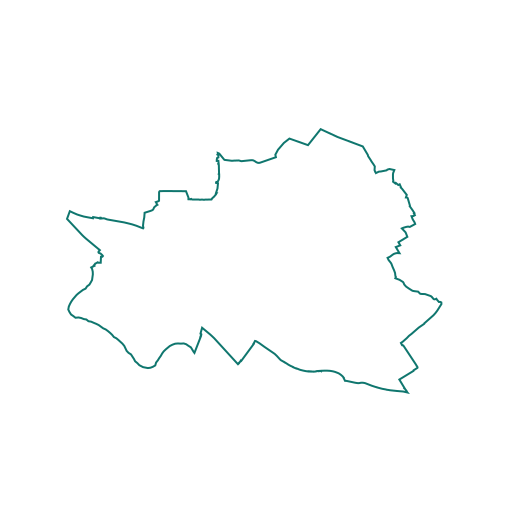 outline of Sittard-Geleen, Limburg, Netherlands, rotated 288°
{"feature_id": "6326949B26439699205725", "entity_name": "Sittard-Geleen", "entity_type": "district", "adm_level": 2, "iso_a3": "NLD", "parent_name": "Netherlands", "parent_adm1": "Limburg", "projection": "mercator", "projection_center": [5.837, 51.01], "detail": "fine", "context": "isolated", "style": "outline", "palette": "teal", "viewbox_px": 512, "rotation_deg": 288, "n_neighbors": 0, "source": "geoboundaries", "source_scale": "gbopen_adm2", "svg_char_len": 5987}
<svg xmlns="http://www.w3.org/2000/svg" viewBox="0 0 512 512"><g transform="rotate(288 256 256)"><path d="M271.5,435.7L271.8,435.0L271.9,434.0L272.0,429.1L272.0,428.5L270.9,424.6L270.9,424.1L270.9,423.6L271.2,423.0L271.8,422.0L272.0,421.5L272.2,421.2L271.5,417.5L271.3,416.0L271.3,415.4L272.3,411.5L273.2,408.5L273.4,408.0L274.7,405.8L276.1,404.6L276.5,404.1L276.7,403.8L277.7,399.9L277.9,395.4L279.3,395.5L279.7,395.0L280.6,394.5L282.8,393.5L285.0,391.8L287.9,389.2L290.3,387.3L291.2,386.3L293.1,383.4L294.9,381.7L296.8,383.7L299.4,385.5L300.5,386.4L301.1,387.1L301.9,388.3L302.4,389.3L303.0,391.6L307.7,386.2L310.7,389.9L313.1,387.2L321.0,394.0L324.2,391.4L324.8,390.8L327.3,386.2L328.3,387.3L330.1,389.9L330.8,391.2L331.0,391.7L331.1,392.9L331.2,393.3L335.6,397.5L337.0,396.4L339.3,393.7L341.9,391.6L342.5,393.0L342.9,393.6L343.9,394.5L345.3,393.0L345.8,393.4L348.2,390.4L350.8,386.9L351.0,387.0L351.5,386.8L357.8,382.5L358.1,382.2L358.2,381.8L358.2,381.3L358.0,380.5L360.7,380.5L365.0,374.2L365.8,372.6L366.1,372.7L368.6,370.5L367.5,369.4L368.7,366.4L368.0,366.2L369.0,363.4L370.1,363.3L372.1,362.3L375.7,361.1L377.2,360.8L380.5,361.0L380.0,356.1L378.8,354.3L377.8,353.7L375.0,348.7L374.2,346.8L372.0,344.5L372.5,344.2L372.5,343.7L374.3,342.2L377.9,341.3L379.5,339.4L381.7,336.5L382.7,335.4L385.2,332.3L385.7,331.7L386.7,331.1L393.2,323.7L394.4,296.6L396.6,278.3L377.5,271.2L378.0,251.5L372.2,247.6L363.9,244.1L358.3,243.1L356.1,244.4L347.7,233.3L345.9,230.9L345.5,230.1L345.3,229.4L345.2,229.0L345.2,228.3L345.4,226.9L345.9,225.3L346.0,224.5L346.1,223.7L345.9,222.6L345.3,221.0L341.7,212.9L341.6,212.1L341.6,210.8L341.5,210.0L339.9,205.6L339.1,203.7L337.7,196.4L337.8,196.0L341.8,189.8L342.1,189.1L342.2,187.8L341.2,188.3L341.0,188.2L341.0,188.4L340.7,188.4L340.8,188.8L338.1,189.8L337.1,188.7L335.2,189.0L334.3,189.3L334.9,190.8L332.3,191.9L331.9,191.6L331.7,191.8L332.0,192.1L330.6,192.7L323.2,195.3L322.5,195.2L322.4,195.7L320.0,196.5L318.4,196.9L317.2,197.0L314.6,196.6L314.3,195.7L314.2,195.4L313.7,195.3L313.2,195.4L313.3,197.4L308.3,198.5L303.5,198.5L303.6,199.1L303.3,199.0L303.2,198.9L303.0,199.0L302.2,198.9L300.5,198.1L299.9,198.0L297.5,196.6L296.7,196.3L296.1,196.3L295.9,196.1L293.9,190.1L293.4,189.3L293.3,188.8L293.1,187.6L292.8,186.7L292.3,185.6L292.1,185.0L292.0,184.1L290.1,178.2L290.0,177.2L289.8,176.6L290.1,176.5L289.4,175.2L289.1,174.2L290.7,173.7L296.0,169.4L290.8,153.0L288.1,144.8L288.0,144.5L287.5,144.2L286.8,144.1L278.6,146.7L278.1,146.4L276.3,144.1L275.4,145.2L274.9,145.4L274.2,146.4L273.6,145.8L271.2,144.3L270.7,144.1L268.9,143.9L268.2,143.7L267.5,143.2L266.4,141.9L262.7,136.7L258.2,137.8L254.1,138.3L250.2,139.1L249.6,139.3L247.6,140.5L247.4,140.9L247.4,139.6L247.6,136.1L247.8,132.9L247.8,128.4L247.6,125.3L247.2,120.2L245.0,104.7L244.8,103.1L244.9,100.3L244.7,99.2L243.9,97.5L243.6,96.7L244.0,96.7L243.9,96.4L244.1,96.4L244.1,96.5L244.4,96.4L244.3,95.9L244.1,95.8L244.0,96.0L243.6,96.0L243.5,95.0L242.7,89.1L241.5,89.3L240.8,84.0L240.3,79.9L240.2,75.8L240.2,73.0L240.6,68.9L241.1,65.1L232.9,64.8L224.3,80.4L222.2,84.2L221.2,86.2L220.0,88.9L213.3,105.7L211.5,104.9L210.7,105.1L210.4,105.5L210.3,107.4L209.5,109.2L208.7,110.4L207.8,110.1L207.4,108.8L201.6,110.4L200.8,107.9L201.1,107.4L198.9,105.4L198.2,105.3L198.3,105.2L196.7,104.6L196.8,105.0L196.6,105.3L194.2,102.8L193.1,104.1L190.6,105.6L188.1,106.5L182.5,107.5L179.9,107.0L177.3,106.4L174.9,104.7L172.3,104.0L170.3,101.9L165.7,98.7L163.5,97.4L158.2,95.2L155.5,94.4L152.9,93.9L150.1,93.6L147.1,94.0L145.1,95.9L143.2,98.2L142.5,100.6L141.5,103.4L142.7,106.2L143.0,108.9L142.8,111.7L143.2,114.3L142.2,116.8L142.6,119.5L142.3,122.4L142.1,125.1L141.7,127.8L140.0,133.0L139.7,135.8L138.8,138.5L137.8,141.0L136.6,143.5L135.0,145.9L134.6,148.6L133.6,151.1L131.4,156.0L129.8,158.5L125.8,162.3L124.5,164.7L123.8,167.5L120.4,171.7L118.5,173.6L117.5,176.2L116.1,178.8L115.4,182.9L116.0,187.8L117.1,190.1L118.7,192.1L120.8,194.0L123.8,193.9L126.5,194.9L129.0,195.5L131.5,196.3L134.4,196.9L136.8,197.7L139.4,199.1L143.7,201.8L145.8,203.9L147.6,206.2L148.7,208.8L149.4,211.5L150.5,214.3L150.5,216.9L149.7,219.5L149.0,222.3L145.4,226.5L144.8,227.4L162.4,228.4L162.3,228.1L164.7,228.2L164.9,227.9L165.0,227.2L171.1,226.9L167.2,236.7L166.1,239.1L164.9,241.6L147.5,272.3L148.6,272.9L148.8,272.6L150.2,273.4L151.2,273.7L150.9,273.9L151.4,274.3L171.6,281.0L171.7,280.7L172.8,281.0L174.9,281.3L175.0,282.4L174.1,286.2L172.2,292.1L169.0,303.0L168.6,304.2L167.4,306.7L165.3,310.4L164.7,311.6L164.5,312.3L164.1,314.4L163.7,316.0L163.8,316.0L162.9,319.6L162.7,320.1L162.2,322.7L161.9,325.5L161.7,325.6L161.6,326.9L161.4,329.1L161.6,329.2L161.5,331.5L161.4,332.2L161.4,333.5L161.6,336.3L161.9,339.0L162.4,341.8L163.1,344.1L163.2,343.8L163.4,344.6L163.3,344.8L163.6,345.6L163.8,346.0L163.7,346.3L164.7,348.7L165.0,348.8L165.6,350.0L165.7,350.4L165.6,350.7L166.2,352.1L166.3,351.8L166.9,353.3L166.8,353.5L167.0,353.5L168.3,357.1L168.8,358.6L169.6,361.7L169.8,362.8L170.1,365.0L170.2,367.1L170.0,370.6L169.8,371.6L169.1,373.8L168.2,375.8L167.3,377.1L167.1,377.0L165.7,378.4L164.8,379.2L165.2,380.8L166.1,389.4L166.3,390.7L166.6,392.4L167.1,393.6L167.9,395.0L168.2,395.9L168.5,396.9L168.7,398.1L168.8,399.2L168.4,406.2L168.4,410.2L168.5,411.5L168.4,411.6L168.7,417.1L169.2,420.8L169.2,421.6L169.6,423.8L169.7,424.8L171.2,431.9L172.3,436.6L172.6,437.9L173.0,442.2L173.4,441.6L174.0,441.1L175.7,438.7L175.8,438.4L175.9,438.5L182.8,430.5L195.4,441.3L196.0,441.2L199.5,444.1L199.8,444.1L200.6,443.6L201.0,443.1L201.1,442.8L201.2,442.6L201.9,442.0L215.2,425.3L215.6,424.8L216.2,424.0L216.1,423.9L216.6,422.7L216.4,422.4L218.1,420.7L220.2,422.3L220.6,422.5L224.5,424.8L227.4,426.2L230.0,428.0L238.2,432.9L240.3,434.5L243.3,436.8L243.7,437.0L244.0,436.9L254.5,443.1L257.2,444.3L260.1,445.3L267.6,447.2L269.1,446.6L269.3,445.5L269.1,444.9L268.8,444.2L270.3,441.7L271.1,440.7L270.4,440.0L270.1,439.5L269.9,439.0L269.9,438.4L270.1,437.9L270.6,437.2L271.4,435.7L271.5,435.7Z" fill="none" stroke="#0f766e" stroke-width="2"/></g></svg>